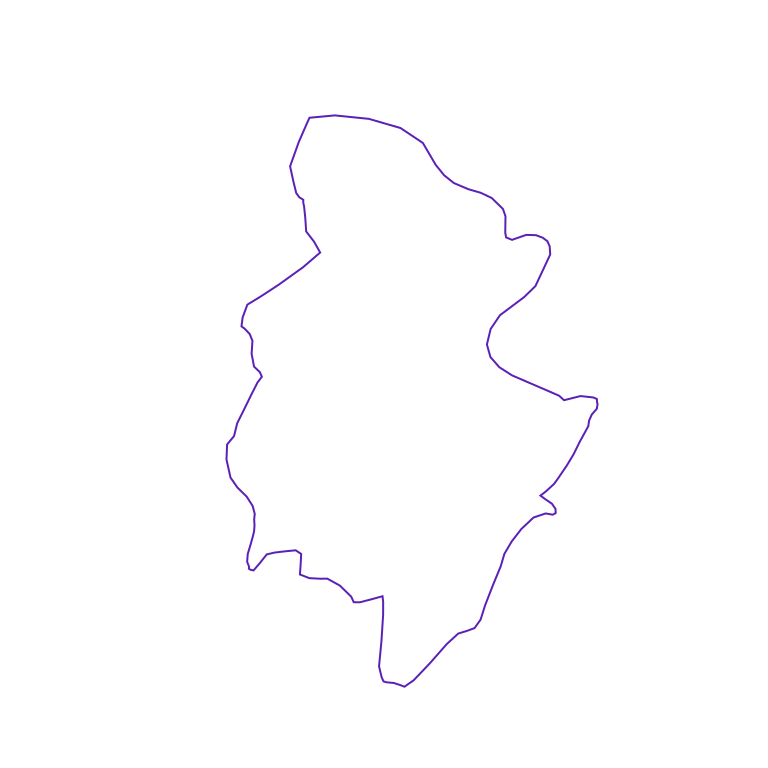 the Province of Northern, rotated 56°
{"feature_id": "RWA-3494", "entity_name": "Northern", "entity_type": "Province", "adm_level": 1, "iso_a3": "RWA", "parent_name": "Rwanda", "parent_adm1": "", "projection": "natural_earth1", "projection_center": [29.92, -1.616], "detail": "fine", "context": "isolated", "style": "outline", "palette": "violet", "viewbox_px": 768, "rotation_deg": 56, "n_neighbors": 0, "source": "natural_earth", "source_scale": "10m", "svg_char_len": 1905}
<svg xmlns="http://www.w3.org/2000/svg" viewBox="0 0 768 768"><g transform="rotate(56 384 384)"><path d="M421.2,280.7L434.6,279.0L448.5,273.0L491.6,245.4L498.1,243.8L503.9,227.8L512.2,218.0L515.5,215.9L518.1,217.5L520.0,218.1L523.5,221.4L525.5,228.8L529.0,234.4L533.2,238.2L541.2,253.7L548.2,266.0L553.8,278.0L559.3,291.8L561.9,298.7L563.6,310.0L564.0,316.7L569.7,314.7L577.3,311.7L583.5,311.7L587.0,313.8L586.7,317.2L581.7,322.4L578.3,334.7L581.0,351.2L585.9,366.1L592.1,379.1L600.4,389.2L611.9,406.5L624.2,424.2L633.3,435.6L637.0,445.4L634.9,453.9L632.4,462.0L634.7,477.4L641.3,502.6L646.2,525.1L646.4,536.3L642.8,538.8L637.3,543.1L632.8,548.6L630.3,550.7L625.7,549.9L615.3,546.0L595.5,529.7L574.6,513.6L564.1,506.5L559.1,503.9L555.9,513.5L551.5,526.0L548.0,531.1L542.0,530.1L526.5,533.3L513.6,539.9L510.1,545.3L503.2,554.5L494.9,560.2L487.1,554.1L478.6,547.7L472.5,550.2L467.7,559.0L462.5,569.1L459.7,576.5L463.2,587.6L465.6,596.4L463.3,598.6L461.6,599.3L459.9,598.0L454.9,596.9L448.7,592.0L442.6,584.5L437.5,578.5L433.5,574.1L428.8,570.4L423.7,567.4L419.4,563.8L411.7,561.1L400.6,560.8L388.0,563.4L375.8,563.6L358.5,556.8L346.4,547.9L343.3,537.4L334.4,527.6L326.9,514.3L318.5,499.7L312.0,488.0L309.7,481.2L304.8,480.3L296.9,482.0L285.0,476.9L274.6,468.9L267.5,467.4L260.2,468.6L256.5,469.9L249.7,463.9L241.8,452.9L242.5,436.9L242.8,415.7L241.9,385.6L239.3,363.4L226.8,362.4L214.0,363.2L202.3,356.4L192.0,350.9L188.6,349.6L186.1,347.9L181.9,349.8L176.7,350.0L164.7,345.6L151.0,340.1L135.7,319.3L124.4,301.5L121.6,296.9L133.8,274.6L155.7,248.3L181.0,227.2L205.9,217.0L231.4,218.6L244.7,217.4L256.5,213.7L269.6,205.2L279.4,197.0L290.0,190.7L305.4,187.5L312.9,189.5L326.4,198.9L330.8,200.8L336.1,197.2L339.9,182.7L345.6,174.8L351.5,170.6L357.0,168.7L362.6,169.7L369.6,173.8L387.5,203.7L390.3,219.1L391.8,249.3L398.0,264.8L408.8,276.6L421.2,280.7Z" fill="none" stroke="#5b21b6" stroke-width="2"/></g></svg>